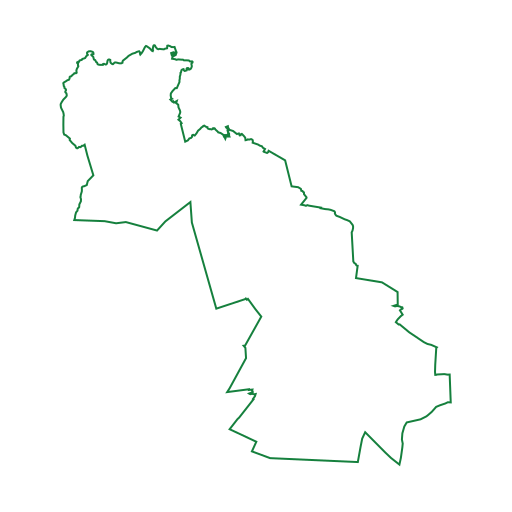 outline of Huehuetoca, México, Mexico, rotated 87°
{"feature_id": "50627088B67518799589693", "entity_name": "Huehuetoca", "entity_type": "district", "adm_level": 2, "iso_a3": "MEX", "parent_name": "Mexico", "parent_adm1": "México", "projection": "albers", "projection_center": [-99.283, 19.822], "detail": "fine", "context": "isolated", "style": "outline", "palette": "green", "viewbox_px": 512, "rotation_deg": 87, "n_neighbors": 0, "source": "geoboundaries", "source_scale": "gbopen_adm2", "svg_char_len": 5935}
<svg xmlns="http://www.w3.org/2000/svg" viewBox="0 0 512 512"><g transform="rotate(87 256 256)"><path d="M216.0,394.0L215.3,384.2L225.4,353.5L216.7,344.7L198.7,318.7L219.2,318.3L306.5,298.4L298.5,269.1L297.9,268.4L299.2,267.4L298.4,266.3L308.9,259.5L316.8,253.9L344.9,271.6L345.0,273.0L347.2,271.4L357.5,271.3L386.6,289.2L390.4,291.9L388.7,270.0L389.4,270.1L389.2,266.6L390.3,267.0L391.0,266.4L391.8,266.4L393.0,270.1L393.3,269.7L393.7,268.9L393.4,267.2L394.0,265.1L393.8,263.6L396.0,264.4L398.6,266.5L399.0,266.0L416.5,281.3L417.9,283.0L427.6,291.4L441.5,265.4L450.9,270.3L458.6,252.5L467.1,165.1L451.8,161.5L443.9,159.5L437.7,156.2L459.1,137.1L464.7,131.8L471.8,123.7L465.2,121.9L454.9,119.9L451.0,119.3L446.9,119.9L440.7,119.1L434.0,116.8L430.1,114.2L427.7,100.2L425.1,94.3L424.0,92.7L420.8,88.6L416.1,84.0L414.7,80.1L413.2,74.7L412.1,72.1L412.4,69.2L384.5,68.8L384.5,71.0L383.8,74.0L383.8,81.4L384.1,82.2L384.1,83.2L381.2,83.3L373.9,82.7L357.3,80.8L356.7,80.2L353.9,85.7L352.8,89.4L350.8,92.9L340.2,107.0L331.8,116.1L331.9,117.1L329.4,119.8L327.7,118.6L326.5,117.6L323.6,114.5L322.3,112.6L317.8,115.1L316.8,113.9L316.4,112.6L316.0,112.3L314.9,112.6L314.7,113.7L313.8,115.4L313.3,117.8L313.6,119.8L313.0,121.2L311.9,117.0L299.4,116.5L288.9,131.6L283.3,157.3L271.1,155.0L271.0,155.6L270.5,156.3L269.0,156.9L268.3,158.1L266.6,159.1L237.4,159.2L235.7,158.3L233.2,157.6L231.3,157.5L230.0,157.9L226.3,160.5L224.9,163.2L224.0,165.5L221.4,170.3L220.0,173.6L219.1,174.3L217.8,175.0L216.5,174.8L215.4,175.4L213.8,179.1L213.2,181.4L212.8,184.3L211.7,188.9L211.1,188.6L208.5,200.4L207.9,202.1L208.5,203.5L207.9,204.9L207.1,208.3L200.6,202.5L200.0,202.5L196.8,204.8L195.0,204.8L194.6,205.5L193.5,206.2L193.3,207.3L191.3,207.7L189.5,210.3L188.3,216.8L162.0,221.9L151.6,237.9L153.0,238.5L153.7,239.6L152.3,242.8L152.1,243.0L149.6,241.4L148.3,243.4L146.7,244.4L146.0,246.4L144.8,248.1L142.7,253.4L141.1,253.1L140.0,253.3L139.4,254.0L139.0,254.8L139.4,256.8L139.1,258.2L139.6,259.0L139.8,260.4L137.2,260.6L135.3,262.0L133.3,263.8L133.8,265.3L134.6,265.2L134.7,266.0L132.7,266.7L133.2,268.7L130.0,272.3L128.6,275.9L126.2,277.2L124.9,277.3L125.6,279.3L126.2,279.0L127.0,278.1L129.1,276.8L129.4,276.9L129.4,277.8L132.3,277.2L132.3,276.5L133.1,276.5L133.0,277.9L133.7,278.6L133.6,280.9L134.3,281.1L134.7,276.5L135.3,276.3L135.1,280.9L136.6,280.2L137.3,280.5L136.3,280.9L135.6,281.5L133.1,282.5L131.2,285.1L131.0,286.2L130.6,286.8L130.6,287.2L129.6,287.9L127.8,289.7L126.9,290.4L126.6,290.4L126.3,290.8L126.1,291.4L126.3,291.9L126.3,292.3L126.6,292.3L126.7,292.7L126.9,292.9L127.0,292.8L127.3,293.8L126.9,294.9L126.9,295.9L126.2,297.4L125.4,297.9L124.8,297.8L124.2,299.5L123.1,300.8L123.4,301.9L124.2,302.5L124.3,302.9L124.8,303.8L126.2,305.1L127.8,307.3L130.4,309.0L132.5,310.9L132.5,311.2L131.7,312.3L131.8,312.8L132.2,313.5L133.6,313.6L134.7,314.7L135.1,316.4L137.0,318.0L138.1,320.7L120.1,324.2L119.5,323.3L117.4,324.6L115.8,326.3L113.9,324.1L112.7,326.0L108.9,324.2L107.9,324.1L106.5,324.4L103.6,325.6L100.8,325.8L99.2,327.7L97.1,327.0L98.5,329.8L97.1,330.6L97.6,331.4L95.3,333.3L94.6,331.6L93.8,332.5L91.1,332.8L89.2,332.5L86.9,330.7L84.1,327.8L84.2,326.3L78.2,323.3L76.8,323.3L74.8,322.8L72.9,322.7L71.0,322.0L69.1,321.8L68.9,321.4L66.5,320.7L65.8,319.7L65.6,318.6L66.8,318.3L67.5,317.5L67.0,315.5L66.7,315.4L65.3,315.5L64.8,315.1L64.7,314.1L64.9,313.7L65.1,313.5L66.2,313.5L66.4,313.2L66.3,312.5L65.6,311.3L64.6,310.7L63.4,310.2L62.5,310.2L60.8,310.5L60.2,310.1L59.5,309.3L59.1,309.2L58.7,309.2L58.3,309.6L58.3,311.7L57.3,312.7L57.1,313.5L56.8,317.8L56.1,318.7L56.0,320.4L55.6,323.4L55.9,325.3L55.3,326.3L54.6,329.5L52.9,329.0L52.5,328.7L51.0,325.6L49.3,325.1L51.0,329.6L48.9,330.1L48.2,327.7L48.8,325.9L48.6,324.8L43.0,326.4L43.1,327.4L42.9,329.5L42.1,330.5L41.2,332.7L41.4,333.6L43.9,333.9L44.3,336.3L44.8,337.1L44.4,340.0L44.1,341.3L44.4,342.8L43.9,343.8L41.9,345.4L40.6,345.8L40.2,346.5L40.3,347.1L41.0,347.6L44.4,348.4L45.1,348.0L46.0,348.4L45.6,349.2L43.0,351.3L40.7,354.3L40.5,354.9L41.6,356.0L45.5,358.2L47.3,359.5L48.8,361.0L48.0,361.3L46.8,361.0L45.4,362.0L46.0,364.5L46.8,365.9L47.5,368.9L49.5,372.8L51.1,374.6L53.9,378.6L54.7,379.1L56.0,379.2L56.5,380.2L56.5,381.9L56.2,383.2L55.6,385.0L55.3,386.6L55.6,387.3L56.9,388.7L56.9,389.4L55.6,390.9L54.6,391.3L52.5,391.3L52.0,392.5L52.3,393.4L53.1,394.0L55.6,394.6L56.4,395.0L56.9,395.7L56.9,396.2L56.1,397.8L56.4,398.8L57.1,398.9L57.1,399.1L57.0,401.7L56.6,403.4L56.2,404.1L54.5,404.6L53.9,405.5L52.0,406.3L51.5,407.3L51.1,407.6L48.6,408.1L46.8,409.9L46.3,409.9L46.0,409.6L45.9,407.8L44.9,407.7L44.0,408.0L43.5,408.7L43.0,410.0L42.8,410.7L42.9,412.4L43.7,413.8L44.2,414.1L45.4,414.1L46.2,413.4L46.4,413.4L47.6,415.1L49.3,416.2L49.8,417.6L50.1,419.1L51.1,419.8L51.4,421.7L51.6,422.0L52.5,422.4L52.6,422.9L53.0,422.9L53.5,423.2L53.5,423.4L53.1,424.3L53.3,424.5L53.9,424.5L55.0,423.7L56.4,423.8L56.9,423.5L57.3,423.5L59.4,424.9L60.2,425.3L61.6,425.7L63.6,425.5L63.8,425.7L64.1,426.3L63.9,427.2L64.0,427.9L64.9,428.6L65.4,429.6L66.9,431.1L67.0,432.1L67.2,432.4L67.5,432.7L69.0,432.9L70.2,433.6L70.6,435.2L71.4,436.4L72.6,438.7L73.3,439.4L75.0,439.1L76.1,439.1L77.0,438.5L78.2,438.5L79.5,437.2L79.9,437.1L80.6,437.1L81.7,437.8L82.5,437.8L83.7,436.8L85.2,436.6L85.8,436.6L86.7,437.0L87.9,438.2L89.7,440.2L92.2,442.0L93.9,443.0L94.8,443.2L97.4,443.0L98.3,442.7L102.2,441.0L104.0,440.7L105.8,440.6L106.8,441.0L114.6,441.5L122.5,441.8L124.7,441.2L125.4,439.6L129.0,435.7L130.4,436.0L133.6,433.6L136.4,430.6L138.3,430.1L139.1,429.0L138.6,427.8L137.8,427.0L138.1,425.5L136.8,424.0L136.9,422.8L135.9,421.3L147.0,419.1L166.9,414.2L172.4,420.1L176.3,421.3L177.4,424.1L177.4,424.9L177.7,425.6L178.2,426.2L178.9,426.4L180.8,426.4L182.5,426.6L185.8,427.8L187.3,428.0L187.9,428.3L190.1,427.8L192.2,428.0L195.2,429.7L197.9,430.0L198.5,430.4L198.7,430.9L199.6,431.6L201.4,431.9L203.0,433.4L206.0,434.4L208.5,434.8L210.6,435.6L213.3,405.3L216.0,394.0Z" fill="none" stroke="#15803d" stroke-width="2"/></g></svg>